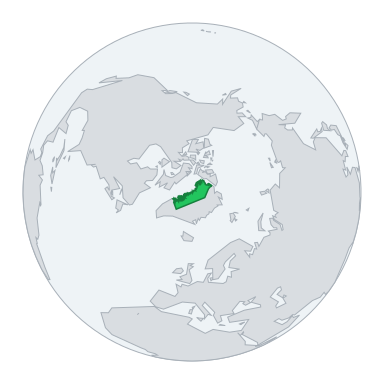 Qaasuitsup Kommunia on an orthographic globe, rotated 80°
{"feature_id": "GRL-2743", "entity_name": "Qaasuitsup Kommunia", "entity_type": "state/province", "adm_level": 1, "iso_a3": "GRL", "parent_name": "Greenland", "parent_adm1": "", "projection": "orthographic", "projection_center": [-56.716, 74.362], "detail": "fine", "context": "on_globe", "style": "filled", "palette": "green", "viewbox_px": 384, "rotation_deg": 80, "n_neighbors": 0, "source": "natural_earth", "source_scale": "10m", "svg_char_len": 16107}
<svg xmlns="http://www.w3.org/2000/svg" viewBox="0 0 384 384"><g transform="rotate(80 192 192)"><circle cx="192" cy="192" r="169" fill="#eef3f6" stroke="#a8b0b8"/><path d="M138.8,352.4L138.0,352.1L122.2,344.0L125.9,343.7L122.7,341.2L133.2,341.1L130.8,335.2L127.2,333.1L123.4,333.5L111.5,324.4L107.9,317.6L75.1,283.5L72.5,277.3L73.9,272.2L70.1,241.2L68.4,264.7L65.6,256.7L64.7,246.4L66.9,247.1L68.6,234.2L67.1,225.0L72.8,209.6L87.6,198.7L87.0,203.9L90.6,200.8L91.6,194.2L91.3,190.6L104.9,172.1L109.8,151.7L105.7,145.6L111.0,146.7L99.5,135.8L98.5,125.6L103.1,136.9L106.2,137.9L107.2,130.8L110.7,130.4L113.2,126.8L117.2,126.9L119.5,133.7L122.2,134.0L122.8,128.9L127.2,126.0L125.9,133.3L133.5,129.1L138.8,139.9L132.1,159.9L138.5,166.4L140.7,188.3L143.9,186.5L146.8,193.8L151.6,194.5L150.6,198.5L155.2,195.6L155.2,191.8L157.2,189.3L160.0,189.3L159.3,194.4L157.8,195.1L159.1,196.7L157.5,199.2L159.9,198.0L158.6,204.3L164.0,198.3L166.5,203.4L164.6,207.5L159.4,206.8L141.9,215.0L138.4,219.1L138.6,225.7L150.3,238.5L148.7,243.4L150.3,250.2L153.7,247.6L153.6,241.4L160.4,238.4L159.5,231.3L162.1,229.1L163.4,222.0L169.0,223.6L173.8,228.9L173.0,234.9L175.1,237.4L180.6,232.2L183.7,243.9L193.7,252.8L193.9,255.9L185.7,260.9L173.8,259.6L163.3,266.6L176.0,262.6L176.2,270.6L178.7,272.2L182.1,272.2L184.4,269.4L185.7,272.3L173.6,277.2L172.2,274.6L176.1,273.1L170.4,272.6L162.3,276.2L163.1,280.1L150.0,281.9L150.3,284.7L147.7,286.8L148.0,282.1L147.2,290.7L131.9,294.4L130.6,307.4L125.5,294.9L119.8,290.9L112.7,287.3L112.3,289.4L103.4,282.1L94.3,280.7L89.2,287.8L91.0,296.7L101.0,303.9L104.8,302.3L112.6,305.9L105.4,311.9L118.8,320.2L116.5,325.4L120.2,329.9L127.3,332.2L134.5,336.2L140.2,334.9L149.2,335.6L148.9,340.0L154.2,337.2L158.9,340.4L177.1,342.8L175.5,343.6L190.7,349.1L207.9,350.2L211.8,352.1L209.7,353.6L215.8,353.3L215.9,354.0L240.6,349.9L253.6,347.1L253.4,348.6L243.0,353.0L241.3,353.6L228.7,356.9L215.9,359.3L203.0,360.6L190.0,360.9L177.0,360.3L164.0,358.6L151.3,356.0L138.8,352.4ZM34.1,153.2L35.5,152.0L34.3,155.2L34.1,153.2ZM36.6,149.6L36.1,150.3L36.6,149.4L36.6,149.6ZM37.2,147.8L36.8,149.1L37.1,147.7L37.2,147.8ZM37.7,145.5L37.5,146.7L37.4,146.6L37.7,145.5ZM129.0,310.9L144.4,321.8L134.9,319.4L136.9,319.1L133.1,315.5L125.9,310.5L117.8,308.0L129.0,310.9ZM39.1,141.7L39.5,140.8L39.4,141.8L39.1,141.7ZM137.6,307.4L134.9,305.9L137.6,306.8L137.6,307.4ZM90.6,189.1L91.2,194.1L89.1,200.4L88.2,196.2L90.6,189.1ZM95.1,177.6L96.3,179.7L92.2,182.7L92.8,180.6L95.1,177.6ZM102.0,141.5L101.9,145.3L100.8,141.8L102.0,141.5ZM112.8,126.2L111.8,125.3L113.5,123.8L112.8,126.2ZM160.2,221.7L161.7,221.9L160.7,223.1L160.2,221.7ZM159.3,218.5L157.0,219.8L156.2,218.5L157.6,217.7L159.3,218.5ZM121.2,122.8L124.4,120.7L121.6,124.0L121.2,122.8ZM162.3,217.3L155.1,216.0L153.8,213.7L158.2,208.9L162.3,217.3ZM126.4,120.3L134.0,115.5L132.3,113.0L141.3,117.4L131.9,120.0L128.8,124.3L128.8,121.1L126.4,120.3ZM154.0,190.6L154.1,194.6L151.4,191.2L154.0,190.6ZM151.7,189.0L140.4,182.4L141.5,176.6L145.1,179.9L144.5,172.4L150.6,172.8L152.4,177.0L150.4,180.7L154.2,178.0L151.7,189.0ZM145.1,120.8L147.3,120.6L145.4,122.1L145.1,120.8ZM157.8,188.0L155.4,187.1L156.3,182.0L161.2,182.8L159.4,184.2L157.8,188.0ZM141.4,170.3L142.8,166.7L148.2,166.0L149.5,164.5L150.9,172.3L141.4,170.3ZM160.6,185.4L163.7,183.3L165.9,185.8L160.2,188.5L160.6,185.4ZM154.4,180.3L155.0,178.0L156.3,179.5L154.4,180.3ZM175.3,193.8L172.4,192.8L172.6,190.0L175.3,193.8ZM164.7,182.4L163.9,181.6L163.7,180.4L166.1,179.6L164.7,182.4ZM154.6,171.3L156.5,171.8L154.3,168.1L158.2,167.5L158.4,172.8L160.0,170.3L161.2,170.1L160.0,174.7L154.6,171.3ZM167.9,175.3L169.5,182.0L174.8,184.4L174.7,186.9L166.2,182.6L167.9,175.3ZM163.4,174.5L166.1,175.5L164.7,178.1L161.9,179.0L163.4,174.5ZM160.9,165.2L154.8,164.7L154.9,163.6L160.9,165.2ZM169.7,175.5L169.2,173.8L170.2,175.3L169.7,175.5ZM163.9,167.7L161.7,167.7L162.0,166.4L163.9,167.7ZM170.2,170.7L170.7,172.8L168.9,173.5L170.2,170.7ZM167.5,168.9L168.4,167.2L167.9,172.4L166.5,169.1L167.5,168.9ZM164.5,166.5L163.9,165.7L165.4,166.7L164.5,166.5ZM177.0,167.1L176.8,173.5L172.7,174.9L173.4,168.4L177.0,167.1ZM262.0,38.2L263.2,39.0L271.0,42.8L269.7,42.5L274.3,47.0L285.1,53.3L302.7,65.0L305.6,66.9L313.6,74.7L316.0,78.4L313.7,79.3L317.8,83.9L319.8,92.2L330.9,112.3L330.2,114.2L332.8,118.5L333.9,125.7L331.8,128.4L333.6,133.5L338.3,126.3L336.2,120.8L331.2,114.6L333.2,114.0L331.9,107.5L341.6,120.3L354.3,153.9L351.6,153.5L341.1,167.2L339.2,165.5L338.6,165.6L341.7,169.3L338.5,171.5L348.4,165.5L351.7,166.2L354.5,154.5L355.2,156.6L354.9,152.3L349.3,133.8L350.1,134.8L355.2,148.1L355.4,149.2L358.1,161.0L359.9,173.0L360.8,185.1L360.9,197.3L360.1,209.4L358.4,221.5L355.8,233.3L352.4,245.0L348.2,256.4L345.7,260.3L346.7,254.3L344.9,256.2L341.6,263.2L339.0,265.3L336.6,269.3L318.6,295.5L310.6,300.8L295.0,302.6L296.4,295.3L292.2,291.1L298.2,248.9L304.5,242.9L314.9,216.5L317.1,213.8L321.3,219.4L333.5,203.5L331.0,195.1L336.6,179.3L336.9,167.4L327.4,158.3L326.9,177.6L321.4,178.6L317.5,161.0L317.2,144.3L315.0,144.1L310.8,152.9L306.1,147.3L308.7,155.8L311.1,153.6L312.8,158.9L310.8,161.3L309.2,159.2L308.0,163.9L315.8,172.9L319.0,171.7L318.7,185.5L324.0,184.9L325.6,189.5L317.2,192.4L314.5,190.5L302.7,198.5L305.5,201.6L316.8,194.4L315.3,197.4L319.2,201.9L315.1,200.9L302.0,208.2L298.7,220.6L302.4,240.4L298.8,247.6L292.2,252.1L282.8,241.6L291.9,226.9L288.7,223.2L280.0,223.7L283.6,219.3L281.1,217.8L283.9,212.2L281.1,202.3L282.9,196.5L275.3,190.7L275.2,187.0L279.7,191.5L283.8,191.5L287.5,177.2L286.3,173.9L281.1,171.4L282.8,167.9L277.2,167.3L276.2,158.5L272.8,168.8L266.6,166.3L262.4,160.1L259.8,161.2L266.6,171.3L269.8,173.8L273.6,172.8L281.9,181.3L282.0,186.7L271.0,185.0L270.0,192.4L261.9,188.0L248.5,162.9L246.3,153.6L256.2,141.5L260.5,144.5L259.0,150.3L266.3,146.5L262.9,146.0L264.2,143.2L258.6,140.3L259.4,138.2L252.8,139.1L253.0,136.2L257.2,135.6L249.1,129.0L247.9,122.7L245.7,122.2L243.7,123.6L243.5,114.7L241.9,114.8L241.4,117.7L237.9,119.8L231.5,120.1L231.8,117.0L234.1,116.5L239.4,110.9L245.5,110.1L244.9,108.8L239.7,108.8L233.3,115.7L229.4,116.7L231.9,113.0L230.7,114.4L228.8,114.0L227.3,110.8L224.3,114.7L203.7,114.7L198.6,108.6L203.1,105.1L188.9,102.4L184.3,96.0L183.8,98.6L176.7,99.3L178.0,101.3L177.3,102.6L159.7,105.7L155.7,104.1L147.6,108.7L147.4,110.1L149.8,111.5L141.3,117.4L132.3,113.0L133.3,110.0L126.9,109.3L130.2,102.7L129.9,97.0L137.2,90.3L136.4,86.5L133.9,86.7L131.0,81.8L133.3,71.2L142.1,78.8L140.7,95.1L142.2,88.3L145.0,89.6L147.5,87.1L148.3,82.4L146.4,81.9L163.8,73.8L172.0,62.9L163.7,63.8L159.9,61.3L161.9,50.5L182.4,38.1L177.4,35.2L178.0,33.4L184.2,32.2L183.6,34.8L188.7,35.9L187.4,37.6L197.1,36.9L195.7,39.3L204.0,37.7L202.2,35.5L194.2,35.2L202.0,32.9L195.5,29.7L196.2,27.2L212.0,25.6L226.0,27.5L227.2,27.4L232.0,29.0L239.6,30.5L233.8,28.3L248.2,32.6L262.0,38.2ZM302.1,265.3L303.3,267.2L302.1,265.3ZM320.8,128.9L317.9,118.8L312.3,120.9L310.8,117.2L309.4,119.3L311.9,121.1L307.6,126.0L303.9,120.9L300.7,121.2L301.5,124.6L309.0,133.2L315.2,126.0L318.8,129.4L320.8,128.9ZM177.6,342.7L179.8,343.7L176.8,343.5L177.6,342.7ZM133.3,321.2L136.7,322.5L138.4,324.0L135.7,323.3L133.3,321.2ZM163.1,329.3L167.2,330.4L162.8,330.2L163.1,329.3ZM147.0,323.2L159.8,328.5L151.2,328.3L143.1,324.8L148.9,325.9L147.0,323.2ZM135.2,310.5L137.3,311.8L136.4,312.7L135.2,310.5ZM139.6,308.1L138.8,307.9L137.9,306.5L139.6,308.1ZM176.9,270.3L177.9,270.0L181.3,270.6L179.4,271.7L176.9,270.3ZM197.7,265.5L199.4,270.3L196.9,267.6L194.6,269.9L186.7,267.2L193.5,257.3L191.8,262.2L197.7,265.5ZM177.9,260.9L182.2,263.7L177.2,261.1L177.9,260.9ZM265.1,215.5L268.2,214.2L270.4,217.4L268.1,225.1L264.9,220.6L265.1,215.5ZM272.1,211.7L261.9,208.1L262.9,203.2L264.1,206.5L265.8,203.7L268.1,208.3L279.1,207.4L281.8,210.1L276.0,222.7L276.5,217.0L273.4,218.6L272.1,211.7ZM233.8,208.6L229.4,207.3L237.3,198.4L240.6,200.6L238.5,208.4L233.4,210.3L233.8,208.6ZM171.4,209.1L169.2,209.4L169.4,208.0L171.5,206.5L171.4,209.1ZM174.0,193.5L181.3,206.3L179.2,207.3L186.1,213.8L183.0,218.9L178.7,214.5L181.5,223.4L176.4,221.5L178.9,227.3L169.5,217.0L165.0,215.7L171.2,215.1L174.1,210.4L174.0,208.0L170.3,200.3L162.0,195.4L163.6,190.0L166.8,187.6L169.1,187.9L167.4,191.2L171.6,189.3L170.8,194.4L174.0,193.5ZM204.5,163.5L201.6,166.9L209.9,164.5L209.2,169.4L210.2,168.8L211.8,172.7L215.6,176.4L214.4,178.5L216.4,179.1L217.5,181.7L219.7,183.2L218.5,187.5L221.2,189.7L219.1,190.5L224.1,193.2L219.9,193.2L220.9,196.6L224.4,194.8L212.4,215.2L210.6,224.0L211.4,231.4L204.1,230.6L198.6,223.2L195.1,213.0L197.9,204.8L194.1,206.0L194.3,202.4L197.2,202.9L192.8,200.0L193.8,197.2L190.6,188.6L183.7,186.2L182.4,183.0L185.6,182.6L182.0,179.7L187.1,176.8L186.3,174.5L190.5,169.4L197.2,170.0L195.7,167.4L198.9,163.5L204.5,163.5ZM178.4,165.7L186.5,165.2L190.1,167.6L181.2,175.5L181.2,178.0L175.7,183.3L170.6,179.7L172.7,178.5L173.5,176.5L174.7,178.5L174.3,175.4L177.2,173.7L177.6,170.9L180.1,171.5L178.4,165.7ZM316.3,209.2L317.4,206.8L318.4,202.8L320.8,205.6L316.3,209.2ZM307.5,214.3L308.1,211.9L312.0,213.8L310.9,216.3L307.5,214.3ZM305.0,209.1L307.8,211.7L305.6,211.8L305.0,209.1ZM279.9,189.2L280.0,186.6L281.3,186.7L282.8,188.7L279.9,189.2ZM229.0,158.0L226.8,159.4L226.0,158.5L220.0,158.5L220.0,155.0L223.7,153.6L229.0,158.0ZM329.2,162.5L331.1,166.9L330.2,168.2L329.7,166.4L329.2,162.5ZM327.3,187.4L329.3,182.4L327.9,188.2L327.3,187.4ZM228.1,154.2L225.6,154.6L227.2,152.6L228.1,154.2ZM219.7,152.5L221.0,150.0L219.3,154.6L219.7,152.5ZM227.9,27.2L232.5,28.3L232.3,28.4L226.3,27.2L227.9,27.2ZM196.8,25.5L197.7,24.5L198.9,24.2L200.6,24.9L196.8,25.5ZM225.0,125.6L233.3,129.4L239.4,130.0L242.9,126.9L241.6,133.0L232.2,132.1L225.0,125.6ZM206.3,116.3L203.3,119.2L202.2,117.0L202.7,116.1L206.3,116.3ZM206.2,118.7L207.1,124.0L203.8,125.0L203.8,120.6L206.2,118.7ZM217.9,138.8L220.4,140.2L219.1,141.7L217.9,138.8ZM199.4,23.2L199.2,23.4L194.9,23.3L196.7,23.1L199.4,23.2ZM168.0,32.4L168.6,33.6L164.5,34.4L165.2,33.4L168.0,32.4ZM151.7,38.5L163.6,35.0L173.2,32.8L170.6,32.4L173.3,30.3L176.9,31.8L169.7,34.8L162.5,36.2L160.8,38.5L155.1,41.0L155.3,43.9L152.6,45.8L150.2,43.7L151.7,38.5ZM155.7,45.2L154.1,51.6L146.7,52.4L145.4,51.1L149.3,47.8L152.9,47.6L155.7,45.2ZM151.5,53.4L155.1,53.3L160.1,63.2L159.4,65.6L151.6,58.2L154.5,57.7L154.6,55.2L151.5,53.4ZM146.9,119.0L147.2,120.5L145.6,119.7L146.9,119.0ZM178.2,103.7L176.9,105.4L175.1,104.3L178.2,103.7ZM172.2,109.6L175.2,109.6L172.0,110.8L172.2,109.6ZM181.9,109.5L176.4,110.2L181.8,107.7L181.9,109.5Z" fill="#d9dde1" stroke="#a8b0b8" stroke-width="1"/><path d="M184.3,184.7L184.3,184.4L183.6,184.3L183.1,183.8L183.6,183.3L182.8,183.8L182.6,183.4L182.8,183.3L182.4,183.0L182.6,182.7L182.9,182.7L183.6,182.6L185.7,183.4L185.9,183.1L184.0,182.6L185.1,182.5L185.8,183.0L185.6,182.5L186.1,182.3L185.7,181.7L185.8,181.6L185.1,182.0L184.6,182.0L184.5,181.5L184.4,181.5L184.5,181.9L184.1,182.0L183.5,181.6L184.0,181.3L184.1,181.1L183.3,181.2L183.8,180.8L183.0,180.8L182.9,180.7L183.1,180.6L182.5,180.2L182.6,179.9L182.2,179.5L182.7,179.2L182.7,178.8L182.7,178.7L182.8,178.5L183.5,178.3L183.9,178.5L184.0,178.3L185.0,178.0L185.0,177.8L186.0,177.4L186.8,177.6L187.0,177.5L186.9,177.5L187.7,176.5L187.6,176.1L187.7,175.7L187.8,175.2L188.4,174.7L188.3,174.4L188.1,174.8L187.8,174.9L186.8,174.8L186.8,174.5L186.6,174.3L186.7,174.0L187.1,173.6L187.2,173.4L187.8,173.1L187.7,173.0L188.1,172.8L188.1,172.5L188.3,172.4L188.3,172.2L188.9,171.8L189.1,173.0L189.0,171.8L189.2,171.7L189.7,172.0L190.3,173.6L191.8,175.3L199.7,180.4L206.2,210.5L198.9,211.8L198.6,211.6L198.8,211.4L199.2,211.1L199.6,211.2L199.2,211.1L198.4,211.5L198.5,211.4L198.0,211.3L198.4,211.2L199.2,210.8L198.6,210.7L198.5,210.8L198.2,211.1L197.9,210.8L198.4,210.7L197.7,210.7L198.0,211.0L197.8,211.3L196.9,211.1L197.6,210.5L196.1,211.3L195.4,212.1L195.3,211.8L195.5,211.4L195.4,211.2L195.8,211.2L195.6,211.0L195.7,210.9L195.8,211.1L196.1,210.9L195.8,210.9L196.2,210.6L195.8,210.5L197.0,210.7L196.4,210.6L195.9,210.2L195.6,210.2L195.9,210.0L196.7,210.4L196.3,210.1L197.3,210.4L198.0,210.2L198.8,210.6L199.3,210.5L197.8,209.9L198.3,209.9L197.8,209.7L198.1,209.6L198.0,209.2L198.4,208.9L197.5,209.3L198.0,209.6L196.7,210.0L196.6,209.7L196.1,209.8L196.5,209.5L195.7,209.8L195.6,209.6L195.9,209.7L196.7,209.1L196.4,209.0L198.0,208.8L198.1,208.7L198.0,208.4L198.3,208.6L198.3,208.4L198.1,208.3L198.4,208.0L197.8,208.3L198.1,207.7L197.9,207.9L197.9,207.1L198.3,207.1L198.0,207.4L198.4,207.2L198.7,207.7L198.6,207.4L198.7,207.2L198.9,207.5L198.8,207.2L198.3,207.1L198.9,206.9L198.5,206.8L198.6,206.4L198.4,206.8L197.9,206.9L198.1,206.7L198.0,206.1L198.7,205.9L198.0,206.0L198.1,205.6L198.5,205.7L198.0,205.4L198.6,205.2L198.2,204.7L198.5,204.4L197.5,204.7L197.9,204.5L197.5,204.4L197.3,204.7L196.4,204.5L196.1,204.1L194.7,203.6L194.0,202.9L194.5,202.4L195.8,202.5L197.1,203.4L198.1,203.5L198.0,203.4L198.1,203.0L197.6,203.3L197.3,202.9L197.7,203.1L197.9,203.0L197.6,202.7L197.9,202.6L197.5,202.6L197.5,202.3L197.1,202.5L197.3,202.2L197.7,202.4L197.9,202.4L197.6,202.2L196.6,201.7L197.3,201.8L197.6,201.6L197.0,201.5L197.2,201.2L196.3,201.4L196.9,200.9L196.8,200.6L196.0,201.2L196.2,200.9L196.2,200.7L197.0,200.2L196.0,200.7L195.5,200.6L196.6,199.9L196.7,199.6L196.2,199.9L195.2,199.7L195.5,199.3L195.5,199.1L195.7,198.8L195.1,199.5L195.0,198.8L194.7,198.5L194.6,197.9L194.8,197.8L194.5,197.9L194.6,198.4L195.0,199.3L194.6,199.7L194.7,200.0L194.4,199.8L194.7,200.2L194.6,200.5L194.0,200.8L193.4,200.4L193.5,200.7L193.1,200.6L193.0,200.0L192.8,199.9L193.3,199.6L193.3,199.3L193.7,199.2L194.0,198.8L194.1,198.3L193.9,198.9L193.3,199.2L193.0,199.0L193.6,198.2L193.6,197.9L193.8,197.8L192.9,197.6L193.1,197.4L194.1,197.5L193.5,197.4L193.8,197.1L193.6,196.9L193.9,196.6L193.6,196.6L193.8,196.5L193.6,196.1L192.9,195.8L193.2,195.5L193.1,195.4L193.3,195.4L193.1,195.2L193.4,194.9L192.5,194.1L192.6,193.8L192.8,193.9L192.6,193.5L192.9,193.4L192.5,193.0L192.2,192.9L192.4,192.7L192.5,192.2L191.5,192.8L192.3,192.2L192.0,192.0L192.5,191.9L191.9,191.7L192.5,191.6L192.1,191.3L192.2,191.2L191.7,190.9L191.9,190.7L191.7,190.3L190.9,190.0L191.1,189.6L190.7,189.2L190.9,188.9L190.5,189.1L190.9,188.8L190.9,188.5L190.7,188.4L190.8,188.2L190.6,188.1L190.8,188.0L190.3,188.0L190.1,187.8L190.3,187.6L190.2,187.5L189.8,187.7L189.9,187.4L189.3,186.9L189.1,187.1L189.0,186.6L188.1,186.1L187.7,186.4L187.7,186.1L187.4,185.8L186.8,186.5L186.8,186.2L186.8,185.9L186.6,185.8L186.6,186.1L186.4,186.0L186.5,186.4L185.9,186.2L185.9,186.6L185.5,186.4L185.8,186.0L185.7,185.9L185.4,185.8L185.2,186.4L184.9,185.8L184.6,186.0L185.0,186.9L183.7,186.1L183.8,185.9L183.1,185.1L183.6,184.8L183.8,185.5L184.0,185.5L184.2,184.9L184.5,185.0L184.6,184.7L184.3,184.7ZM196.7,206.2L195.0,206.9L194.5,206.6L195.4,206.4L195.2,206.3L195.5,206.0L195.0,206.4L195.1,206.2L194.8,206.2L194.9,205.9L194.0,206.0L193.8,205.7L194.4,205.7L193.8,205.2L194.0,204.9L194.5,205.0L193.9,204.6L194.0,204.1L194.4,203.8L195.4,204.2L196.0,204.9L196.8,205.2L196.9,205.4L196.8,205.6L197.0,205.7L196.7,206.2ZM197.6,204.8L198.0,204.8L198.1,205.0L197.9,205.4L197.9,205.9L197.7,206.0L197.4,205.5L197.8,204.9L197.4,205.0L197.6,204.8ZM196.1,200.9L195.6,201.3L195.3,200.8L196.1,200.9ZM195.1,201.7L194.6,201.4L194.9,200.9L195.2,201.4L195.1,201.7ZM181.9,181.7L182.7,182.0L182.1,182.0L181.9,181.7ZM193.2,197.2L192.8,197.1L193.0,196.7L193.5,196.5L193.2,197.2ZM183.0,181.8L183.5,182.1L182.8,181.8L183.0,181.8ZM193.5,197.8L193.2,198.5L192.9,198.4L193.2,198.2L193.5,197.8ZM195.4,200.2L195.0,199.9L195.7,199.8L195.4,200.2ZM192.6,193.6L192.3,193.7L192.0,193.4L192.6,193.6ZM196.9,208.5L196.6,208.6L195.9,208.9L196.3,208.5L196.9,208.5ZM196.5,201.8L197.0,202.0L196.4,202.1L196.5,201.8ZM192.2,191.6L191.6,191.7L191.3,191.6L192.0,191.4L192.2,191.6ZM192.9,196.0L193.0,195.8L193.4,196.1L192.9,196.0ZM192.9,196.7L192.6,197.0L192.4,196.9L192.9,196.7ZM183.3,184.4L183.2,184.6L183.3,184.4ZM192.8,199.3L193.1,199.1L193.2,199.3L193.1,199.5L192.8,199.3ZM195.8,209.3L196.0,209.1L196.2,209.3L195.9,209.5L195.8,209.3ZM192.5,194.4L193.0,194.7L192.8,194.8L192.9,194.6L192.5,194.4ZM194.0,203.7L193.8,203.7L193.7,203.4L194.0,203.7ZM196.6,208.8L197.3,208.7L197.0,208.9L196.6,208.8ZM187.3,173.2L187.1,173.2L187.3,173.2ZM196.8,202.4L197.1,202.6L196.7,202.5L196.8,202.4Z" fill="#22c55e" stroke="#15803d" stroke-width="1.5"/></g></svg>